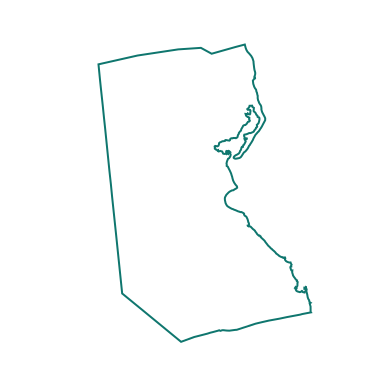 the district of Safata, Tuamasaga, Samoa, rotated 254°
{"feature_id": "51752279B93742903917224", "entity_name": "Safata", "entity_type": "district", "adm_level": 2, "iso_a3": "WSM", "parent_name": "Samoa", "parent_adm1": "Tuamasaga", "projection": "albers", "projection_center": [-171.851, -13.971], "detail": "fine", "context": "isolated", "style": "outline", "palette": "teal", "viewbox_px": 384, "rotation_deg": 254, "n_neighbors": 0, "source": "geoboundaries", "source_scale": "gbopen_adm2", "svg_char_len": 5258}
<svg xmlns="http://www.w3.org/2000/svg" viewBox="0 0 384 384"><g transform="rotate(254 192 192)"><path d="M51.0,140.2L52.0,154.1L51.8,160.4L51.6,167.9L51.7,171.0L51.6,173.4L51.5,179.3L51.6,180.0L51.0,180.6L50.7,181.1L50.8,182.9L50.5,184.1L49.3,187.0L48.4,189.7L47.5,195.8L47.2,197.0L47.9,216.8L47.6,223.3L47.2,230.5L46.1,241.5L45.6,248.6L44.3,262.2L44.3,264.3L43.5,273.2L44.2,273.0L49.2,274.4L52.5,274.4L52.8,275.5L53.8,274.7L54.8,274.6L55.6,274.8L56.1,274.6L57.3,274.3L59.0,274.2L61.5,274.5L65.1,274.6L66.9,275.4L67.9,275.1L69.3,275.4L69.5,275.1L68.5,274.2L68.9,273.6L67.9,273.3L67.4,274.6L66.6,274.6L65.3,273.6L64.8,272.6L64.4,272.4L65.2,271.0L66.3,270.7L66.6,270.3L66.0,269.1L66.0,268.1L67.3,266.0L68.1,265.2L69.1,264.9L70.2,264.8L70.3,265.3L71.3,264.5L71.9,265.2L71.1,265.4L71.1,266.1L71.6,266.3L72.6,267.3L73.4,267.7L74.9,268.1L76.3,268.8L77.4,268.2L78.1,268.6L79.4,267.6L80.0,267.5L82.6,266.5L84.1,266.1L84.9,266.2L86.9,266.1L88.9,266.8L88.9,266.1L89.6,265.8L92.2,265.7L93.0,266.1L93.0,266.9L94.0,267.0L94.7,267.7L95.8,267.4L97.1,267.3L97.1,266.8L97.8,265.4L98.7,264.2L99.7,263.3L101.3,262.7L102.4,263.0L102.6,263.4L103.4,263.4L103.6,262.7L103.2,262.4L103.5,261.5L104.4,261.1L104.5,260.5L105.1,259.7L106.5,258.2L107.3,257.8L109.9,255.8L110.6,255.7L112.6,254.6L114.5,253.3L115.1,253.1L115.9,252.4L117.9,251.4L119.3,250.5L123.8,248.7L124.7,248.5L125.9,247.9L127.7,246.8L129.7,245.6L130.1,245.8L130.7,245.6L131.0,245.1L131.6,244.9L131.6,244.2L133.6,243.0L134.5,242.8L136.8,241.9L137.5,241.8L138.9,240.9L139.5,240.4L142.5,238.8L143.1,238.1L143.2,237.1L144.0,236.3L144.4,236.3L144.4,237.0L144.8,237.7L145.3,238.0L146.8,238.0L147.5,237.8L148.5,237.9L150.5,237.9L153.0,237.5L153.6,237.2L154.8,236.1L156.0,235.8L156.6,236.1L157.1,236.0L158.3,234.9L159.2,233.8L159.3,233.0L160.1,232.0L160.6,231.1L162.3,229.1L163.7,227.2L164.3,226.6L164.9,225.6L166.7,223.8L168.4,222.3L169.1,221.9L170.4,221.5L172.3,221.2L173.1,221.3L175.1,221.4L176.8,221.8L177.7,222.2L179.8,224.2L181.5,227.1L182.0,228.4L182.5,230.7L182.3,232.3L182.8,233.6L183.2,235.5L183.7,236.6L185.0,236.8L187.2,235.8L189.4,235.1L191.7,234.7L194.3,234.7L195.5,234.8L197.0,234.7L199.0,234.7L202.4,234.2L204.1,233.8L206.5,233.4L207.2,232.7L207.5,232.5L208.9,233.0L209.8,233.0L211.7,234.0L214.0,235.8L214.2,236.9L215.4,238.3L216.1,238.9L217.3,239.5L218.1,239.4L219.2,239.0L220.3,238.7L220.2,239.5L221.1,239.0L221.5,238.5L221.4,237.5L221.9,236.8L221.8,236.2L221.3,235.9L220.4,236.0L218.9,237.6L218.5,237.3L219.5,236.3L219.1,235.8L220.1,235.4L219.5,234.6L219.5,234.1L220.2,232.6L220.5,232.5L222.6,232.2L223.7,230.4L223.6,228.8L224.2,228.2L225.0,228.5L224.9,227.9L226.1,227.1L226.1,226.8L227.3,225.9L228.2,226.0L229.2,227.0L229.7,226.6L229.9,227.0L228.9,229.1L229.2,230.2L230.3,231.0L231.5,231.5L232.0,232.5L232.0,233.3L232.4,235.2L232.1,236.5L232.1,238.0L232.7,238.4L232.6,239.0L232.1,239.9L231.1,242.1L231.4,242.8L232.6,243.6L232.8,244.6L232.4,245.9L232.6,246.5L232.1,247.9L232.1,248.4L231.6,249.0L232.0,250.5L232.4,251.0L234.0,251.8L235.1,253.1L235.8,253.3L237.0,254.9L237.5,256.0L238.8,256.7L240.5,258.5L241.6,259.5L241.9,260.7L241.7,261.7L242.3,263.1L244.0,265.1L244.0,266.5L244.3,267.0L244.9,267.3L245.7,266.9L246.8,267.1L247.3,267.6L248.4,267.0L248.8,266.1L250.5,265.0L252.3,265.0L251.7,266.5L252.2,267.2L251.3,267.5L250.7,269.0L251.1,269.5L253.1,270.2L253.7,270.6L254.8,270.5L255.3,269.6L255.7,268.2L256.4,268.0L256.6,268.8L257.3,269.5L258.0,270.6L259.0,271.1L258.4,273.6L257.2,273.5L255.8,274.7L254.1,274.0L252.9,273.6L252.3,273.7L251.3,274.5L250.0,275.0L248.6,275.1L248.1,275.5L247.0,276.0L246.3,275.7L245.8,276.0L245.1,277.1L244.4,277.2L242.8,276.7L241.1,275.8L239.7,274.8L238.6,272.8L236.9,272.7L236.3,272.0L236.2,271.3L235.4,270.9L234.2,269.2L233.9,268.7L233.1,268.1L232.8,267.2L232.5,264.6L232.9,263.2L232.6,261.5L232.5,260.1L232.7,258.1L232.2,257.7L231.3,257.5L229.4,257.7L229.0,257.1L227.9,257.1L227.7,257.3L228.8,258.2L228.5,259.4L228.0,259.4L227.2,257.3L225.7,257.5L224.0,255.9L222.9,254.7L222.8,254.1L221.3,253.3L221.6,252.4L221.1,251.8L220.2,251.4L218.8,250.4L218.2,249.5L217.1,248.8L216.2,247.8L215.6,246.0L215.3,244.2L214.9,243.0L214.3,242.0L213.4,241.5L212.8,241.8L212.1,242.7L211.8,244.2L211.6,246.9L212.0,248.4L212.8,249.5L215.7,252.8L216.3,254.5L218.0,257.0L219.2,258.3L220.6,259.5L221.2,260.5L222.4,261.7L223.0,262.5L225.3,264.9L226.6,265.9L229.5,268.8L230.4,270.3L231.5,271.9L231.7,272.5L232.6,273.7L233.9,275.1L234.4,275.8L235.9,277.4L237.3,278.7L240.8,282.1L242.7,282.7L244.3,282.5L249.1,281.5L250.6,281.4L252.6,281.5L253.2,281.8L255.2,282.1L256.4,282.0L257.4,281.6L259.6,281.0L260.5,281.1L261.8,280.8L264.1,281.0L266.5,281.7L267.2,281.6L269.6,281.8L270.7,281.6L272.8,281.8L274.2,281.2L276.2,280.8L277.2,280.8L279.0,280.7L280.9,281.0L282.2,281.2L283.5,282.7L283.7,283.7L284.0,284.0L285.0,284.1L285.4,283.6L287.2,284.9L288.3,285.4L289.6,285.7L292.2,285.7L293.8,285.9L297.0,286.4L299.3,286.8L300.5,287.1L302.2,287.1L304.1,287.0L306.5,286.4L309.4,285.1L311.5,284.0L313.5,283.5L315.7,283.3L319.2,283.4L319.4,274.1L319.5,249.0L328.1,240.3L332.9,218.0L338.2,177.3L340.5,137.3L325.8,134.6L316.8,133.0L299.5,130.0L287.3,127.8L277.5,126.1L234.8,118.4L222.0,116.2L209.5,113.9L169.8,106.9L150.2,103.4L113.7,96.9L88.7,114.2L51.0,140.2Z" fill="none" stroke="#0f766e" stroke-width="2"/></g></svg>